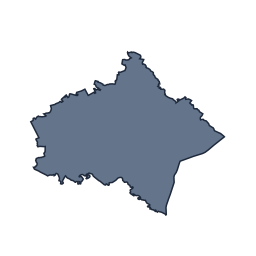 Duong Minh Chau, Tây Ninh, Vietnam (orthographic projection), rotated 108°
{"feature_id": "81297802B96522155706340", "entity_name": "Duong Minh Chau", "entity_type": "district", "adm_level": 2, "iso_a3": "VNM", "parent_name": "Vietnam", "parent_adm1": "Tây Ninh", "projection": "orthographic", "projection_center": [106.272, 11.33], "detail": "fine", "context": "isolated", "style": "filled", "palette": "slate", "viewbox_px": 256, "rotation_deg": 108, "n_neighbors": 0, "source": "geoboundaries", "source_scale": "gbopen_adm2", "svg_char_len": 5846}
<svg xmlns="http://www.w3.org/2000/svg" viewBox="0 0 256 256"><g transform="rotate(108 128 128)"><path d="M199.0,65.2L198.6,64.8L191.9,67.3L189.4,67.6L182.7,67.5L177.9,67.3L165.5,67.3L160.4,69.2L158.3,69.3L155.6,68.5L152.7,68.2L145.9,68.3L143.5,68.2L134.5,56.7L129.3,49.3L127.3,47.2L124.1,44.9L118.2,41.3L106.6,33.6L106.1,34.5L104.7,38.0L103.9,44.7L103.2,45.6L102.6,45.8L101.5,47.1L101.2,48.8L100.5,51.3L100.2,51.7L98.8,52.8L98.1,54.1L97.1,55.7L97.2,57.7L97.1,58.4L96.6,58.8L96.5,59.1L97.0,60.3L97.8,61.5L96.8,62.2L95.3,62.4L94.6,62.2L94.0,61.7L93.5,61.5L91.4,61.2L90.4,65.1L89.3,66.0L88.9,67.8L88.4,68.1L88.5,69.0L89.1,70.2L89.2,71.3L88.8,71.7L86.0,73.0L85.9,73.7L86.4,74.3L86.4,74.7L85.7,75.4L85.5,76.4L85.1,77.0L82.3,76.0L81.9,77.5L81.7,79.5L82.9,81.9L81.7,82.4L81.2,82.3L80.8,83.4L82.1,84.0L84.1,86.0L85.8,87.9L85.8,88.1L85.2,88.2L84.9,88.4L85.0,89.3L85.4,89.9L86.0,90.0L87.0,88.4L89.2,90.0L88.5,90.2L88.3,90.9L87.8,91.5L87.4,92.4L87.3,93.3L86.4,94.6L86.6,96.9L86.4,99.2L85.7,101.8L84.9,103.2L84.5,102.9L83.2,104.0L80.7,104.6L80.5,105.3L80.2,105.6L80.0,106.2L80.4,106.8L80.9,108.6L80.6,108.6L80.4,108.8L80.4,110.6L80.2,110.6L79.4,110.0L79.3,112.4L77.9,111.8L77.6,112.4L76.6,112.4L76.2,111.4L74.0,112.8L73.5,114.0L72.6,114.5L71.7,117.6L70.4,118.6L69.8,119.3L69.5,120.3L67.4,121.1L66.9,122.7L66.8,123.9L65.7,125.1L65.1,126.9L65.0,129.1L64.6,129.7L64.3,129.6L63.5,130.0L62.5,131.3L62.4,132.0L62.6,132.3L62.3,133.4L62.7,133.9L62.0,134.4L60.5,134.6L59.2,134.2L58.0,134.2L58.6,138.3L56.7,137.7L56.3,137.8L55.4,138.3L54.9,139.0L54.1,144.6L54.2,146.1L54.4,146.9L55.1,147.4L55.1,147.7L54.7,148.3L56.3,150.5L56.1,151.4L55.9,151.8L56.4,151.8L57.7,151.0L59.1,149.6L59.7,148.5L60.3,146.6L61.6,147.9L62.4,148.1L62.9,148.4L63.8,150.3L64.1,151.4L63.8,152.2L64.6,154.1L64.8,154.2L68.9,153.6L69.5,151.0L68.9,150.3L71.1,148.5L74.3,148.7L77.3,152.4L77.6,153.9L78.0,153.8L78.3,154.1L78.6,153.8L80.2,153.1L80.3,153.2L80.6,154.6L85.6,153.6L86.8,154.5L87.1,154.1L87.9,154.5L88.6,153.9L90.3,153.9L90.5,154.2L90.8,156.3L91.8,159.0L92.8,160.2L93.0,161.1L94.3,162.5L94.7,163.1L94.8,164.8L94.7,165.1L94.1,165.4L93.6,168.2L93.5,170.9L93.0,170.9L93.1,173.6L93.4,173.8L96.8,173.7L96.9,172.7L97.5,171.8L98.4,171.2L98.8,170.7L99.3,168.1L100.1,167.1L100.0,166.1L100.8,166.2L100.6,169.0L101.5,169.9L100.8,171.8L100.9,172.4L101.2,172.7L101.5,172.5L102.9,170.9L104.6,169.7L105.3,170.4L104.5,171.4L109.3,175.9L104.4,181.0L107.2,183.8L110.0,187.8L111.6,187.8L111.5,186.1L112.6,186.0L113.0,186.9L113.2,192.4L113.4,193.8L114.1,194.1L114.6,193.9L116.8,193.9L117.6,194.6L115.7,196.9L116.3,197.4L117.0,196.5L118.1,197.5L117.7,198.1L120.9,200.0L121.6,200.1L122.7,198.2L123.3,198.7L124.0,198.9L124.1,199.3L123.8,200.0L123.7,200.8L125.4,201.8L126.4,203.2L127.4,204.3L128.1,204.7L130.6,208.6L132.8,207.1L133.4,206.9L135.2,206.7L137.1,207.1L138.0,207.7L138.0,208.1L138.5,208.8L139.2,210.5L140.0,211.3L140.6,212.4L141.8,209.7L142.3,210.0L142.8,210.7L143.0,211.3L144.0,213.3L144.3,215.2L144.7,216.4L144.4,217.0L146.0,218.2L148.1,218.6L147.5,220.3L148.2,221.1L150.2,220.6L152.1,222.4L164.8,209.7L166.9,212.1L167.5,211.9L169.4,209.7L170.6,209.6L172.5,208.6L172.8,208.9L173.7,207.9L172.7,206.2L171.5,201.5L171.2,201.0L176.2,199.5L176.5,199.7L177.5,199.8L178.0,200.2L180.5,198.5L180.9,198.8L181.7,199.8L182.4,201.0L182.9,201.3L183.1,202.4L183.6,203.0L183.7,203.8L185.4,205.8L186.2,205.6L186.7,205.8L187.1,205.6L187.5,205.7L188.6,204.7L189.0,204.5L189.4,203.7L190.4,203.2L191.4,203.2L192.0,203.5L192.9,203.7L193.1,204.2L193.6,204.2L193.9,204.6L194.3,204.6L194.6,205.7L196.0,204.3L196.1,203.9L196.5,199.7L197.0,197.7L198.0,191.0L198.4,189.7L196.8,187.8L196.3,185.6L195.2,184.1L196.2,183.5L195.3,182.7L193.5,182.4L193.3,181.9L193.4,181.0L193.7,180.3L196.6,177.8L197.6,177.5L199.4,177.4L199.4,176.3L199.7,175.6L200.3,175.1L201.8,174.9L201.9,174.2L201.5,173.2L200.6,172.6L200.2,172.6L199.2,173.7L198.4,173.9L194.7,173.2L193.1,172.8L192.8,172.6L194.0,170.9L194.3,170.1L194.5,167.8L195.2,165.9L195.0,163.7L195.9,161.5L195.8,161.1L195.1,160.9L194.8,160.5L194.6,159.2L194.9,158.9L196.0,158.7L196.7,158.3L196.6,157.8L196.0,157.1L195.8,155.8L195.5,155.7L195.2,156.0L194.8,156.6L194.4,157.4L194.1,157.6L194.1,156.1L193.6,155.6L191.0,154.8L190.4,154.8L189.3,156.1L188.6,157.4L188.7,158.1L189.5,159.2L189.4,159.4L189.1,159.5L188.3,159.3L187.2,158.4L186.5,157.5L186.3,156.8L186.7,155.3L186.9,154.3L186.5,152.7L186.6,152.2L186.9,151.8L187.2,151.8L189.0,152.2L189.1,151.9L188.6,151.0L187.5,149.9L186.2,149.2L185.6,149.3L185.3,149.6L184.9,150.0L184.7,150.5L184.9,151.1L185.6,152.2L186.1,153.2L185.9,153.4L184.8,153.2L184.6,152.9L184.5,152.3L183.4,151.7L182.9,151.0L182.9,147.9L183.1,147.4L184.4,146.2L184.9,145.1L187.1,139.4L187.2,138.3L189.2,133.2L189.3,132.0L189.0,131.6L188.2,131.6L187.9,131.4L187.9,130.6L188.4,129.8L188.5,128.9L188.2,128.5L187.6,128.4L186.7,128.8L185.9,128.9L184.6,126.0L181.4,123.4L179.3,122.4L178.4,121.8L177.4,120.2L177.1,118.9L177.3,118.3L177.8,117.6L179.6,116.7L179.8,115.8L180.7,114.7L180.5,114.0L179.9,112.9L179.8,112.1L180.1,111.5L181.6,110.4L182.0,108.4L183.3,107.7L183.5,106.4L182.7,105.8L182.8,105.0L183.2,104.8L183.9,105.0L184.9,105.6L185.8,106.5L186.3,106.7L186.9,106.5L188.0,105.7L189.0,106.1L189.6,105.3L190.7,101.6L190.6,101.4L190.3,101.4L189.5,102.9L189.2,102.9L189.1,102.0L189.8,99.8L189.7,99.2L189.1,97.7L189.2,96.5L189.9,95.0L190.4,94.6L190.7,94.8L190.8,96.0L191.3,96.8L191.6,96.9L192.1,96.7L192.5,96.2L192.5,95.2L191.6,94.1L192.1,92.4L191.7,91.5L191.8,90.4L191.4,89.1L192.7,87.9L193.6,86.8L194.1,84.1L194.4,83.5L195.0,83.5L196.1,85.0L196.7,85.1L196.9,84.6L196.6,84.2L196.8,83.1L196.5,82.6L196.6,82.2L198.1,82.2L198.3,81.9L197.8,81.0L198.3,79.8L197.9,78.8L198.5,77.1L198.4,76.8L197.7,76.7L197.5,76.3L197.7,76.0L198.8,76.0L198.5,74.7L198.9,74.1L197.8,73.3L197.9,72.2L197.7,70.0L198.3,66.4L198.6,65.5L199.0,65.2Z" fill="#64748b" stroke="#1e293b" stroke-width="1.5"/></g></svg>